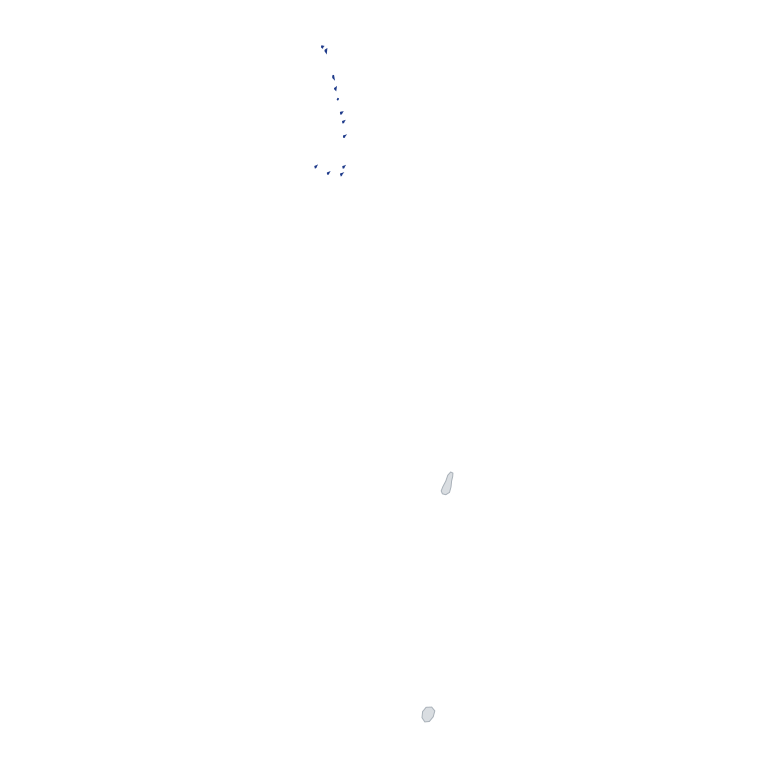 location of Raa within Maldives
{"feature_id": "MDV-5226", "entity_name": "Raa", "entity_type": "Atoll", "adm_level": 1, "iso_a3": "MDV", "parent_name": "Maldives", "parent_adm1": "", "projection": "natural_earth1", "projection_center": [72.972, 5.719], "detail": "fine", "context": "in_parent", "style": "filled", "palette": "blue", "viewbox_px": 768, "rotation_deg": 0, "n_neighbors": 0, "source": "natural_earth", "source_scale": "10m", "svg_char_len": 1580}
<svg xmlns="http://www.w3.org/2000/svg" viewBox="0 0 768 768"><path d="M449.5,492.4L445.8,494.7L442.4,493.8L441.2,490.9L442.9,486.6L445.8,481.1L447.8,475.2L450.7,472.0L452.9,473.1L452.7,476.4L451.6,481.0L451.0,486.9L449.5,492.4ZM429.3,721.5L424.8,721.9L422.0,717.7L422.6,711.6L426.1,707.3L431.7,707.1L434.8,710.9L433.2,716.8L429.3,721.5Z" fill="#d9dde1" stroke="#a8b0b8" stroke-width="1"/><path d="M326.5,49.4L326.2,52.4L325.2,50.9L325.4,50.1L326.5,49.4ZM333.3,75.1L333.9,78.6L333.1,77.8L332.9,77.0L333.3,75.1ZM336.0,87.6L335.7,89.8L335.1,89.2L334.8,88.9L334.8,88.4L335.4,88.1L336.0,87.6ZM342.2,112.2L341.8,112.8L341.6,113.3L341.4,113.7L340.9,113.8L340.7,112.6L341.0,112.3L341.6,112.3L342.2,112.2ZM323.1,46.4L322.7,46.8L322.6,47.4L322.5,47.7L322.2,47.5L321.9,47.3L321.8,46.2L322.1,46.1L322.6,46.3L323.1,46.4ZM342.2,173.6L341.8,174.1L341.5,175.0L341.2,175.3L340.8,174.2L341.0,173.8L341.6,173.8L342.2,173.6ZM316.4,166.0L316.1,166.6L315.9,167.0L315.8,167.4L315.4,167.6L315.1,166.5L315.3,166.3L315.8,166.3L316.4,166.0ZM344.3,166.3L344.0,166.8L343.9,167.3L343.7,167.7L343.3,167.8L343.1,167.0L343.0,166.8L343.3,166.5L343.8,166.5L344.3,166.3ZM345.0,135.7L344.6,136.2L344.5,136.7L344.4,137.0L344.0,137.2L343.9,137.2L343.7,136.2L343.9,135.9L344.4,135.9L345.0,135.7ZM344.1,121.1L343.8,121.6L343.6,122.1L343.5,122.5L343.0,122.6L342.8,121.6L343.0,121.4L343.5,121.3L344.1,121.1ZM328.9,172.5L328.6,173.0L328.5,173.5L328.3,173.9L327.9,174.0L327.6,173.1L327.9,172.8L328.4,172.7L328.9,172.5ZM338.2,98.1L338.0,99.4L337.3,100.1L338.2,98.1Z" fill="#3b82f6" stroke="#1e3a8a" stroke-width="1.5"/></svg>